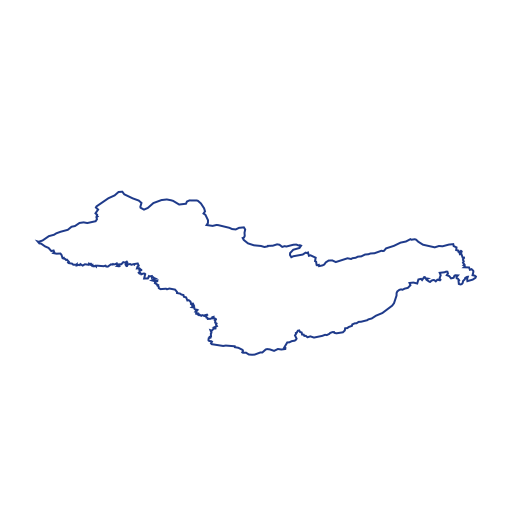 outline of Buhigwe, Kigoma, United Republic of Tanzania, rotated 255°
{"feature_id": "72390352B43433883631580", "entity_name": "Buhigwe", "entity_type": "district", "adm_level": 2, "iso_a3": "TZA", "parent_name": "United Republic of Tanzania", "parent_adm1": "Kigoma", "projection": "equal_earth", "projection_center": [29.939, -4.477], "detail": "fine", "context": "isolated", "style": "outline", "palette": "blue", "viewbox_px": 512, "rotation_deg": 255, "n_neighbors": 0, "source": "geoboundaries", "source_scale": "gbopen_adm2", "svg_char_len": 6098}
<svg xmlns="http://www.w3.org/2000/svg" viewBox="0 0 512 512"><g transform="rotate(255 256 256)"><path d="M324.3,214.2L325.0,213.1L326.9,206.1L326.5,203.4L324.6,201.9L325.6,195.1L330.7,190.2L331.8,188.4L333.7,184.5L334.5,179.2L333.7,170.6L330.4,163.9L329.8,159.8L332.5,157.0L333.4,157.0L336.9,159.1L339.9,157.1L343.6,151.8L349.7,144.7L352.7,143.5L353.4,139.8L351.1,135.1L350.0,128.4L345.2,114.8L344.3,113.9L341.7,115.5L338.8,112.0L336.9,113.2L335.8,112.5L335.2,113.1L334.7,111.9L332.7,111.9L331.1,110.1L331.5,101.6L333.1,98.2L333.6,94.1L331.8,88.9L332.0,85.4L330.0,81.0L330.0,73.5L329.6,69.0L328.8,66.4L328.8,61.1L326.2,53.8L326.0,49.7L326.5,48.9L324.2,50.0L323.6,51.6L319.9,54.7L317.5,57.7L313.7,59.6L313.7,61.9L312.0,62.1L311.3,61.0L309.9,63.8L309.0,67.7L307.5,68.4L304.2,68.6L304.0,69.7L303.4,69.4L302.6,70.8L301.3,71.5L301.4,72.4L298.9,73.7L298.3,72.8L297.6,73.3L296.2,76.4L294.9,77.2L294.1,80.0L294.4,80.7L293.3,80.3L293.3,82.7L292.8,83.4L293.6,84.3L291.6,86.1L292.3,88.6L290.9,91.9L291.6,92.5L290.9,92.7L291.4,93.8L291.2,94.5L290.2,94.3L290.0,95.2L289.6,94.8L288.8,95.2L289.2,95.9L287.9,96.8L288.2,98.2L287.5,98.7L288.0,98.8L287.8,100.0L285.6,106.1L285.6,108.2L284.6,108.6L284.1,110.1L285.5,113.8L284.9,114.8L285.3,115.8L284.7,116.3L284.5,118.0L284.9,119.6L284.0,119.7L283.7,120.3L283.3,119.7L282.5,120.2L282.2,119.4L281.5,121.0L281.6,121.6L283.4,121.4L282.9,123.8L284.4,126.2L283.5,127.8L284.0,129.7L283.1,130.0L281.4,127.8L279.8,128.3L279.7,128.8L281.2,130.1L280.7,132.5L279.8,133.3L279.8,135.7L279.2,136.2L279.7,136.6L279.4,139.8L277.0,140.2L276.5,138.9L274.8,137.8L274.4,140.1L273.4,140.7L273.0,140.1L272.0,142.3L272.0,140.0L270.7,139.4L270.2,138.4L269.6,138.7L270.2,139.2L269.6,139.9L268.0,140.4L268.2,142.6L267.8,143.9L267.2,144.3L263.2,142.1L262.3,145.8L264.3,147.4L263.8,148.0L263.6,150.2L261.8,149.9L262.0,151.3L261.2,151.7L260.1,153.1L259.4,149.1L257.9,151.6L257.9,154.4L257.2,154.1L257.0,151.9L256.0,151.3L253.3,153.9L252.8,153.2L251.8,154.0L250.1,153.8L248.7,155.2L247.7,160.6L246.9,161.4L247.0,163.9L244.5,169.1L241.7,170.4L240.7,170.1L239.3,173.0L238.1,173.9L237.1,175.8L235.3,175.8L234.1,177.8L230.8,178.2L230.8,179.5L229.0,180.9L226.9,180.9L226.6,181.8L226.1,181.1L225.6,181.7L224.8,181.6L224.2,182.4L225.0,183.0L223.9,183.2L223.1,181.0L222.2,183.0L220.9,182.9L219.5,183.8L219.5,184.9L219.0,185.5L217.8,183.2L217.3,184.0L215.9,183.3L215.4,185.5L214.2,185.8L214.1,185.1L213.5,185.7L213.6,186.6L212.4,187.6L212.8,188.7L212.0,190.2L212.0,193.5L211.7,193.6L211.0,191.4L210.4,192.4L209.4,192.2L208.7,193.1L207.7,193.1L207.1,196.0L207.7,198.0L208.2,198.1L208.2,199.2L206.8,198.7L206.7,199.6L205.5,200.9L205.1,200.9L204.6,199.6L203.9,199.9L202.2,199.3L201.0,200.4L200.0,199.6L198.4,200.1L198.0,197.6L197.6,198.3L196.5,198.1L196.5,197.6L197.4,197.1L195.3,194.0L196.1,192.8L193.4,193.1L192.7,192.3L189.8,191.7L189.9,190.5L188.9,190.6L188.9,189.1L187.6,188.5L186.7,188.3L186.0,188.9L185.2,190.8L184.6,191.3L183.3,189.9L182.3,190.4L177.6,201.0L177.3,203.7L174.3,212.1L173.4,212.0L171.9,215.2L168.8,218.7L167.7,218.9L166.5,217.8L165.9,218.4L165.2,221.3L162.7,223.6L161.6,226.7L161.1,229.2L161.7,235.2L161.2,237.2L163.2,241.2L163.2,242.7L162.2,245.2L159.7,248.9L160.5,253.1L159.1,256.3L158.6,260.2L159.6,260.6L160.3,259.6L164.4,263.8L164.0,265.9L164.5,268.5L164.2,271.5L164.9,273.1L165.7,273.8L169.2,273.1L170.3,274.4L171.3,274.6L171.3,275.4L173.0,277.1L172.9,278.5L171.3,278.8L170.3,280.3L168.2,280.2L167.7,281.7L166.3,282.0L166.0,283.4L164.2,284.7L164.3,287.7L162.2,290.9L161.7,299.4L162.0,302.3L161.3,303.9L161.8,306.6L162.5,307.8L162.7,310.2L162.3,311.7L161.5,311.8L160.5,313.7L159.8,320.2L161.1,322.5L163.1,323.4L162.7,325.7L163.4,326.9L163.7,330.6L165.0,331.3L165.4,334.0L165.0,335.7L165.8,338.1L165.3,340.5L165.2,346.9L165.7,348.1L165.7,351.6L167.3,356.5L168.2,363.3L172.8,374.7L174.7,377.1L181.4,381.5L183.8,382.2L185.2,383.3L186.2,385.7L186.2,387.5L185.5,388.7L186.0,391.2L185.9,394.4L187.8,397.6L190.2,397.3L189.6,401.2L187.7,404.6L191.3,406.8L191.2,409.5L189.8,410.2L192.1,413.0L191.9,413.6L190.7,413.8L189.7,416.0L189.4,414.4L188.9,414.5L186.2,416.9L185.9,417.5L186.8,419.2L186.9,421.0L186.5,422.0L185.0,423.1L186.2,425.1L184.9,427.4L185.3,428.0L186.7,427.4L189.6,429.4L192.2,429.1L191.5,433.8L191.7,435.7L191.3,436.8L189.5,436.9L188.1,435.3L186.5,437.5L183.9,438.6L183.8,441.2L185.6,442.6L185.8,443.6L185.0,446.0L183.8,444.2L182.5,444.1L181.7,445.2L180.0,445.9L179.7,445.2L176.5,444.7L175.6,446.1L175.6,447.4L176.4,448.6L178.3,449.6L179.4,451.6L180.7,452.5L181.2,454.5L181.1,455.2L179.3,454.0L177.0,453.7L177.1,459.2L178.1,462.3L179.2,463.1L180.4,462.2L181.4,460.2L184.5,461.9L185.5,462.0L187.5,460.8L187.3,459.1L189.8,458.8L191.3,453.9L191.9,455.0L193.2,455.1L193.5,454.4L193.9,455.1L196.0,454.2L197.1,455.3L198.7,454.9L200.5,456.3L200.4,457.4L200.9,455.2L204.8,454.9L204.9,453.4L205.8,453.4L206.9,455.8L207.5,455.7L207.9,455.3L207.0,453.3L207.7,452.6L208.9,452.8L209.9,450.9L212.4,451.9L214.4,449.5L216.4,449.6L217.1,445.3L217.1,438.7L218.3,435.3L218.1,430.9L223.7,420.2L227.8,416.4L230.3,414.9L231.1,413.7L231.5,410.3L232.3,409.5L231.2,404.6L231.5,399.1L230.1,391.8L229.7,383.6L227.9,381.0L227.9,379.9L228.6,378.5L228.0,371.2L228.8,367.2L228.6,365.0L229.2,361.7L228.4,357.6L229.0,354.2L228.5,351.8L228.9,348.6L228.5,347.1L230.1,343.8L229.5,331.5L232.0,328.5L232.8,325.0L231.8,321.8L230.1,319.7L229.7,317.8L229.9,314.3L231.2,314.4L231.2,312.6L231.7,312.2L234.9,312.6L235.8,311.7L238.9,313.2L242.6,308.8L242.5,307.2L245.9,307.1L245.6,306.1L246.4,304.8L245.3,301.5L246.1,292.0L245.7,289.8L248.2,289.1L250.0,289.7L252.4,293.6L252.5,300.1L254.3,302.2L255.1,301.1L255.0,300.1L256.6,297.9L257.2,295.1L257.3,287.8L258.1,286.2L258.0,283.7L260.8,281.6L261.8,279.4L261.6,274.9L262.7,270.1L262.3,269.8L262.5,266.5L264.4,263.4L266.9,256.7L270.3,251.5L274.7,248.3L276.8,247.8L277.0,249.2L278.3,250.3L281.4,250.9L284.4,252.4L286.8,251.7L287.6,246.9L286.9,243.3L288.2,239.9L290.1,237.6L295.6,227.5L296.2,225.9L296.3,221.9L298.7,216.3L300.3,218.1L303.0,218.9L308.9,217.8L310.6,216.3L312.3,218.3L315.5,218.2L321.0,216.4L324.3,214.2Z" fill="none" stroke="#1e3a8a" stroke-width="2"/></g></svg>